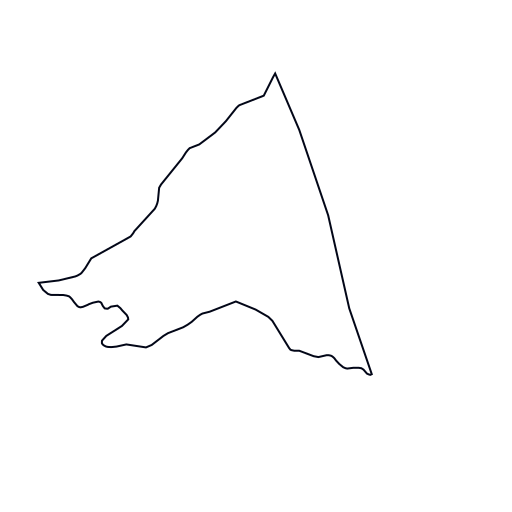 outline of Retalhuleu, rotated 215°
{"feature_id": "GTM-1946", "entity_name": "Retalhuleu", "entity_type": "Department", "adm_level": 1, "iso_a3": "GTM", "parent_name": "Guatemala", "parent_adm1": "", "projection": "orthographic", "projection_center": [-91.761, 14.429], "detail": "fine", "context": "isolated", "style": "outline", "palette": "ink", "viewbox_px": 512, "rotation_deg": 215, "n_neighbors": 0, "source": "natural_earth", "source_scale": "10m", "svg_char_len": 1593}
<svg xmlns="http://www.w3.org/2000/svg" viewBox="0 0 512 512"><g transform="rotate(215 256 256)"><path d="M345.0,416.5L292.9,384.1L220.2,330.7L149.6,266.6L93.4,225.6L94.2,224.2L95.6,223.7L97.6,223.3L102.8,224.6L105.3,224.5L107.8,223.3L112.2,220.2L116.7,216.1L118.4,215.4L120.8,214.9L125.8,215.3L130.5,216.3L133.2,217.2L134.6,217.4L136.1,217.5L137.5,217.3L139.4,216.5L141.3,215.2L146.9,209.0L151.3,207.0L166.2,203.2L170.2,200.4L172.8,199.3L174.0,199.0L176.1,199.6L205.4,212.3L211.0,213.2L225.6,211.9L246.4,207.2L262.0,183.8L266.9,178.1L268.0,175.9L269.2,172.6L270.9,165.2L272.6,160.5L274.8,155.8L283.8,142.4L286.0,137.4L290.4,123.3L293.7,118.0L311.5,109.2L318.3,101.8L322.0,98.6L324.1,97.2L325.5,96.4L327.0,95.8L329.1,95.5L330.8,95.6L332.1,96.1L333.0,97.3L333.6,98.4L332.8,104.7L325.7,121.8L324.3,130.8L325.6,132.2L328.1,133.5L334.3,134.7L337.2,135.5L341.1,135.8L345.8,131.3L347.2,127.8L348.3,127.1L349.9,126.3L352.8,127.2L355.9,128.9L357.3,128.9L359.0,128.3L362.8,124.2L365.3,120.6L365.8,119.5L368.6,115.1L370.3,113.3L371.7,112.7L373.5,112.5L378.7,113.9L381.8,115.0L384.5,115.6L386.1,115.7L388.5,114.9L391.5,113.5L401.7,106.5L404.7,105.6L410.8,106.1L418.6,109.4L403.6,122.8L392.3,135.6L391.0,137.6L389.5,140.8L389.2,142.2L388.9,148.0L389.3,154.6L389.6,159.6L369.9,200.1L369.7,203.3L369.7,205.0L369.9,206.5L366.0,236.7L366.4,239.8L367.1,242.5L368.1,245.1L374.5,256.4L374.8,260.2L372.5,293.7L372.8,300.6L372.6,303.9L372.2,306.3L366.5,314.8L360.3,333.8L358.0,349.2L357.0,366.1L356.4,369.3L355.8,370.5L341.6,391.8L344.6,412.3L345.0,416.5Z" fill="none" stroke="#020617" stroke-width="2"/></g></svg>